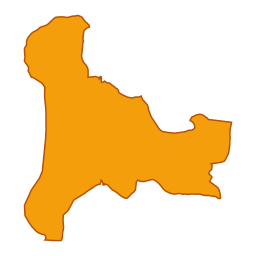 Ku'aydinah, Hajjah, Yemen (Natural Earth projection)
{"feature_id": "15242507B26169260519546", "entity_name": "Ku'aydinah", "entity_type": "district", "adm_level": 2, "iso_a3": "YEM", "parent_name": "Yemen", "parent_adm1": "Hajjah", "projection": "natural_earth1", "projection_center": [43.351, 15.819], "detail": "fine", "context": "isolated", "style": "filled", "palette": "amber", "viewbox_px": 256, "rotation_deg": 0, "n_neighbors": 0, "source": "geoboundaries", "source_scale": "gbopen_adm2", "svg_char_len": 5670}
<svg xmlns="http://www.w3.org/2000/svg" viewBox="0 0 256 256"><path d="M31.2,77.0L34.3,78.2L36.5,79.7L42.0,83.2L44.8,87.1L44.7,90.8L44.6,95.5L44.6,96.2L44.7,97.4L45.4,104.8L45.6,106.6L45.9,110.8L46.0,113.7L46.0,117.6L46.0,124.7L46.1,127.9L46.1,128.1L46.1,128.4L45.7,136.3L45.6,138.1L45.5,139.8L45.2,142.2L45.1,143.4L44.1,153.9L44.1,154.2L43.7,157.5L43.5,159.4L43.5,159.9L43.5,160.3L43.1,163.4L42.6,168.7L42.4,171.0L39.5,178.1L39.2,178.5L36.6,182.4L36.1,183.1L34.2,185.8L31.3,190.1L30.1,192.7L29.5,194.2L27.0,199.6L24.5,205.2L24.6,208.0L24.8,211.8L25.0,215.7L27.5,219.9L28.8,222.1L31.8,226.6L35.8,230.8L36.3,231.4L38.7,232.9L40.8,233.8L42.6,234.4L44.0,234.6L45.1,235.4L45.8,237.3L45.8,238.3L45.3,239.4L44.9,240.0L46.1,240.0L47.9,240.2L48.5,240.2L49.6,240.2L51.1,240.3L52.6,240.5L52.8,240.5L54.6,240.5L56.3,240.6L57.9,240.6L59.5,240.6L61.2,240.5L62.1,238.5L62.4,236.8L62.5,234.9L62.6,233.2L62.9,231.2L63.3,229.5L63.6,227.8L63.5,226.1L63.3,224.0L63.1,222.1L63.1,220.3L63.1,218.6L63.1,218.3L63.3,216.8L63.3,215.0L64.8,213.6L66.6,212.0L67.8,210.8L68.8,209.4L73.7,200.1L84.9,193.2L86.4,191.9L88.1,190.7L88.9,190.2L89.5,189.8L89.8,189.6L91.1,188.8L92.4,187.9L93.8,186.9L95.2,185.9L96.7,185.1L98.2,184.6L100.0,184.3L101.1,181.2L101.0,180.3L101.5,180.3L102.9,183.0L102.9,184.3L103.1,184.9L103.4,184.9L103.6,184.0L104.0,183.5L104.3,183.8L104.6,184.1L104.5,184.4L104.7,184.8L105.2,184.7L105.8,184.4L106.4,184.3L106.9,184.5L107.7,184.9L108.8,186.2L110.1,187.6L111.3,189.0L112.6,190.0L114.0,190.8L115.5,191.7L116.9,192.7L118.6,194.0L119.9,195.1L121.2,196.1L122.6,196.9L124.2,197.8L125.7,198.3L127.3,198.1L128.6,196.9L129.8,195.7L130.9,194.3L132.1,193.2L133.5,192.4L133.6,192.2L134.6,191.1L135.5,189.7L135.7,188.0L135.8,186.2L136.1,184.5L136.2,182.5L137.6,180.0L139.5,181.1L141.0,181.4L142.6,181.6L144.2,181.5L146.1,181.0L147.6,180.6L149.4,180.3L150.8,179.8L152.5,179.4L154.0,179.9L155.5,180.8L157.0,181.9L158.4,183.1L159.7,184.4L161.0,185.9L162.0,187.4L163.1,188.7L164.4,190.0L165.7,191.0L167.4,192.0L169.1,192.8L170.7,193.4L172.5,193.8L174.3,194.1L176.2,194.0L177.8,193.6L179.4,193.6L181.0,193.7L182.6,194.3L184.3,193.9L184.7,194.0L186.6,194.3L188.3,194.3L190.1,194.2L191.8,194.0L192.9,194.0L193.6,194.0L195.2,194.2L196.9,194.1L198.5,194.1L200.0,194.2L201.9,194.7L203.8,195.3L205.5,195.5L207.3,195.5L209.0,195.5L210.7,195.9L212.4,196.1L214.2,196.5L215.1,196.4L216.7,197.1L217.3,197.7L217.9,198.2L218.4,198.4L219.3,198.6L220.1,198.5L220.2,198.4L220.4,198.4L220.5,198.3L220.6,198.2L220.6,197.9L220.3,196.0L220.2,195.4L220.0,194.0L219.9,193.1L219.7,192.1L219.2,190.3L218.5,188.8L217.5,187.3L216.1,186.3L214.6,185.2L213.1,184.1L211.7,183.1L209.7,181.6L210.9,178.9L212.0,177.3L211.0,175.8L208.8,173.7L209.0,172.6L210.3,170.5L211.6,169.6L211.7,168.9L211.8,167.7L212.0,166.7L212.2,165.9L212.1,165.3L211.9,165.0L211.0,163.9L211.8,163.5L212.8,163.5L214.1,163.4L215.6,163.2L217.4,162.9L219.0,162.7L220.8,162.3L222.4,161.9L224.3,161.2L225.3,159.8L226.3,158.0L226.8,156.9L227.0,156.4L227.8,154.8L228.5,153.3L228.9,151.1L229.2,149.2L229.5,147.3L229.7,145.2L229.8,143.0L229.7,141.2L230.1,139.2L230.1,137.5L230.0,135.6L229.9,133.8L230.0,132.0L230.0,130.2L231.6,122.3L208.5,119.5L208.1,119.1L207.3,118.2L205.7,116.9L204.3,116.0L203.0,115.1L202.5,114.9L201.4,114.5L199.7,114.3L198.2,114.5L196.9,114.8L196.6,114.9L195.1,115.5L193.5,116.3L191.9,117.0L190.1,120.1L190.1,120.7L190.7,120.9L192.1,121.7L193.5,123.1L194.3,124.6L194.7,126.4L194.7,128.1L193.5,129.2L192.0,130.1L190.5,130.3L188.9,130.2L187.3,130.8L185.6,131.5L184.1,131.9L182.5,132.1L180.7,132.4L179.1,132.6L177.5,132.6L175.9,133.1L173.9,133.1L171.8,132.9L170.2,132.7L168.4,132.5L166.3,132.2L164.4,131.9L162.8,131.6L161.4,130.9L160.0,129.7L158.7,128.2L157.7,126.7L157.2,125.9L156.6,124.9L155.7,123.5L154.5,121.7L153.5,120.2L152.5,118.8L151.6,117.4L150.8,115.8L150.2,114.0L149.5,112.4L149.2,111.8L148.8,110.7L148.4,108.8L148.3,108.3L148.0,106.7L147.4,105.0L146.2,103.6L144.9,102.2L143.9,100.9L142.7,99.7L141.7,97.5L141.3,96.1L141.1,96.2L140.9,96.2L140.6,96.4L140.4,96.4L140.2,96.5L139.8,96.7L139.7,96.8L139.4,96.8L139.2,96.9L139.0,97.0L138.8,97.1L137.7,97.1L137.4,97.1L137.0,97.0L135.4,97.0L134.4,97.4L133.9,97.5L132.3,98.0L130.5,97.8L129.0,97.4L127.4,97.1L125.8,96.3L124.8,95.9L124.6,95.8L124.3,95.7L122.5,94.8L120.8,93.9L119.3,92.9L118.7,92.5L118.6,90.7L117.5,89.1L115.8,88.0L113.3,86.0L111.1,84.4L109.8,83.2L108.6,82.9L107.7,82.8L106.7,82.8L106.4,82.5L105.7,81.9L104.7,81.1L103.2,82.0L102.7,82.2L101.6,82.4L101.5,82.1L101.1,81.2L101.2,80.8L101.2,80.0L101.3,79.5L101.4,78.6L101.4,77.7L101.2,76.7L100.2,76.5L100.0,76.8L100.1,77.5L100.1,78.1L100.0,78.5L99.8,78.8L99.5,79.0L99.3,79.0L99.2,78.9L99.1,78.7L99.1,78.4L98.8,77.9L97.5,77.1L97.4,77.1L95.6,76.5L88.1,77.3L88.1,69.8L87.5,68.0L86.7,66.1L85.7,64.8L84.6,63.5L83.5,62.1L82.7,60.3L82.0,58.6L81.6,56.8L81.6,55.1L81.6,54.9L81.9,53.0L82.1,51.0L82.3,49.2L82.6,47.0L82.7,45.2L82.8,43.0L83.5,41.1L82.9,38.8L83.1,36.9L83.3,34.9L83.6,33.0L83.8,31.1L84.8,29.8L86.0,28.7L87.4,27.8L88.9,27.3L89.5,27.0L89.2,25.5L88.0,24.1L87.0,22.9L85.6,22.0L84.5,20.6L83.3,19.1L82.4,17.6L81.1,16.7L79.5,16.0L77.8,15.4L77.3,15.5L76.3,15.8L74.7,16.0L73.1,16.1L71.4,16.4L70.0,16.9L67.9,17.3L66.3,17.4L64.8,17.1L63.2,16.9L61.6,16.9L60.1,16.9L58.5,17.0L57.0,17.1L56.0,17.3L55.2,17.5L53.9,18.6L52.4,20.0L51.1,21.1L49.8,22.4L48.3,23.8L47.0,24.8L45.3,25.6L43.4,26.2L41.6,26.8L40.1,27.4L39.0,28.5L37.7,29.6L36.1,30.6L34.8,31.2L34.4,31.4L32.8,32.3L31.5,33.4L30.1,34.9L28.9,36.4L28.1,37.5L27.9,37.8L27.0,39.7L26.6,40.9L26.5,42.3L26.7,44.5L24.5,48.4L24.5,50.3L24.5,52.2L24.7,54.0L24.9,55.9L25.0,57.6L24.6,59.3L24.4,61.0L25.5,62.8L28.6,67.1L28.2,71.3L29.0,72.5L31.2,77.0Z" fill="#f59e0b" stroke="#b45309" stroke-width="1.5"/></svg>